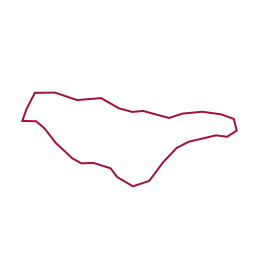 Kiomourtzou, Cyprus, rotated 294°
{"feature_id": "46923920B18186320704547", "entity_name": "Kiomourtzou", "entity_type": "district", "adm_level": 2, "iso_a3": "CYP", "parent_name": "Cyprus", "parent_adm1": "", "projection": "mercator", "projection_center": [33.258, 35.289], "detail": "fine", "context": "isolated", "style": "outline", "palette": "rose", "viewbox_px": 256, "rotation_deg": 294, "n_neighbors": 0, "source": "geoboundaries", "source_scale": "gbopen_adm2", "svg_char_len": 516}
<svg xmlns="http://www.w3.org/2000/svg" viewBox="0 0 256 256"><g transform="rotate(294 128 128)"><path d="M169.8,228.4L179.3,221.0L178.3,207.2L173.0,189.1L163.4,172.1L153.9,161.5L149.7,134.9L144.4,125.3L142.3,111.5L144.4,91.3L132.8,70.1L130.6,46.7L122.2,28.6L104.2,27.6L91.5,28.6L96.8,41.4L93.6,52.0L85.1,67.9L77.7,89.2L76.7,99.8L82.0,110.5L84.1,128.5L78.8,138.1L76.7,156.2L88.3,168.9L111.6,174.2L129.6,180.6L140.2,189.1L157.1,211.4L160.3,222.1L169.8,228.4Z" fill="none" stroke="#9f1239" stroke-width="2"/></g></svg>